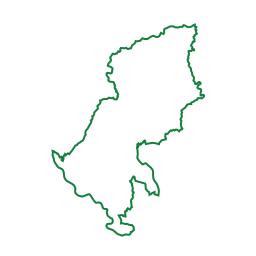 Huong Thuy, Thừa Thiên - Huế, Vietnam, rotated 184°
{"feature_id": "81297802B27432396017289", "entity_name": "Huong Thuy", "entity_type": "district", "adm_level": 2, "iso_a3": "VNM", "parent_name": "Vietnam", "parent_adm1": "Thừa Thiên - Huế", "projection": "robinson", "projection_center": [107.606, 16.324], "detail": "fine", "context": "isolated", "style": "outline", "palette": "green", "viewbox_px": 256, "rotation_deg": 184, "n_neighbors": 0, "source": "geoboundaries", "source_scale": "gbopen_adm2", "svg_char_len": 5821}
<svg xmlns="http://www.w3.org/2000/svg" viewBox="0 0 256 256"><g transform="rotate(184 128 128)"><path d="M68.6,235.8L70.1,235.0L71.8,233.6L73.3,233.0L75.4,232.8L78.1,234.1L79.7,234.5L80.0,234.3L80.7,232.7L83.3,232.5L85.4,231.6L86.9,231.8L87.8,231.7L90.2,232.6L92.7,232.4L98.6,229.2L98.8,228.3L98.6,225.9L99.1,224.3L100.5,224.6L101.8,225.2L102.8,222.6L103.3,221.8L104.2,221.1L105.9,220.7L107.3,221.1L108.3,221.6L109.4,221.7L111.9,220.5L114.9,218.0L116.7,218.1L117.5,217.8L119.3,218.4L120.1,218.3L121.7,216.0L125.4,215.0L126.4,215.2L126.7,214.0L127.4,212.6L129.7,210.7L130.6,207.7L131.9,207.5L133.5,206.7L134.5,207.0L135.2,207.8L137.3,207.3L140.7,207.3L141.3,206.2L140.9,204.9L141.5,203.5L141.7,203.4L143.1,203.8L143.3,203.0L144.1,202.3L144.2,201.6L145.1,201.5L146.3,200.6L146.7,200.6L147.4,201.1L148.6,201.0L148.8,200.1L150.3,197.9L150.6,196.9L150.6,196.3L149.8,195.4L149.9,193.4L151.5,191.7L152.0,190.9L152.5,189.0L152.1,188.4L150.1,188.0L148.4,187.1L147.6,186.4L147.6,185.7L148.0,182.1L148.2,181.6L149.2,181.2L150.7,181.5L152.4,181.6L153.0,181.1L153.2,179.9L152.6,178.7L150.8,176.5L150.6,176.0L151.0,174.4L150.7,173.7L149.0,172.9L146.0,172.9L145.1,172.0L144.7,170.5L144.0,169.9L144.2,169.3L143.9,168.5L144.1,167.4L143.8,166.4L143.2,166.3L143.0,165.4L142.1,164.6L142.0,164.3L142.5,164.0L142.4,163.3L141.5,162.9L140.1,160.9L140.7,159.2L140.2,158.5L140.8,157.5L141.1,156.1L141.8,155.6L143.5,155.7L144.4,156.3L144.9,157.2L145.7,156.8L147.2,156.5L149.2,156.9L150.6,155.7L152.0,155.3L153.6,155.4L155.2,154.8L156.6,153.7L157.8,153.4L157.2,151.8L157.5,150.8L158.0,149.9L160.0,148.0L160.0,147.3L159.3,145.6L159.5,145.1L162.3,141.7L162.7,140.9L162.7,139.4L163.3,138.0L163.8,137.5L164.5,137.2L164.0,136.3L164.2,134.4L165.5,133.1L164.9,132.4L165.4,130.5L166.1,128.9L166.5,128.6L166.7,127.8L168.5,124.1L169.8,122.6L170.2,120.6L170.1,119.1L169.7,118.6L170.0,117.8L170.7,116.9L171.3,114.3L172.1,112.7L172.5,112.0L173.7,111.4L174.8,110.3L176.6,109.2L177.3,108.2L177.5,107.6L179.3,106.8L181.8,102.3L184.8,97.8L186.3,98.5L188.3,96.4L189.1,97.6L190.3,95.2L190.2,92.8L190.7,90.6L192.1,91.4L191.6,93.9L192.4,94.7L193.9,93.9L194.9,95.6L196.3,97.6L197.2,97.5L197.6,98.1L198.3,98.5L198.9,98.4L200.2,99.6L201.6,99.9L201.2,98.5L201.4,95.8L199.9,92.2L199.3,89.8L198.8,88.8L195.4,84.4L194.2,83.6L191.4,82.6L190.3,81.9L189.1,79.7L188.2,74.8L187.2,72.8L185.8,71.3L184.6,70.6L179.7,68.3L177.8,66.9L176.7,65.1L176.3,64.0L176.3,60.3L175.7,59.3L174.0,57.8L172.7,57.2L171.7,56.8L168.8,56.4L165.1,58.0L163.9,58.7L162.2,59.2L161.5,58.9L160.6,58.1L157.3,53.6L155.1,51.3L154.3,51.2L152.0,51.7L150.3,51.4L149.3,50.4L148.5,49.2L147.8,47.3L147.1,46.1L146.1,45.7L143.6,45.6L143.0,45.2L142.8,44.5L143.3,42.8L143.2,42.0L142.5,39.9L141.8,38.8L139.5,37.2L137.5,36.4L137.1,35.8L136.6,33.7L137.0,32.4L138.0,31.4L141.6,30.9L142.1,30.6L142.7,29.3L142.7,28.8L142.3,27.8L141.8,27.2L140.5,26.4L135.9,25.1L130.9,21.5L126.3,20.2L123.3,21.6L120.1,21.6L118.8,21.9L118.0,23.1L118.0,24.4L116.8,24.7L116.1,25.7L115.2,26.3L114.9,26.8L115.4,27.9L115.4,29.6L117.3,31.5L118.2,31.3L120.5,31.6L122.4,32.4L123.8,32.0L126.8,32.6L128.3,32.3L128.3,35.8L131.1,40.1L128.5,40.7L127.3,40.6L126.6,40.5L126.6,39.8L124.3,39.5L125.1,44.4L124.5,44.5L124.5,44.8L124.0,45.0L124.0,45.3L123.3,45.5L123.4,46.7L122.6,47.9L121.0,46.9L120.2,46.9L119.6,48.4L118.5,49.5L119.1,50.3L119.1,51.8L119.6,53.0L119.5,54.1L120.0,55.7L119.9,56.4L118.4,58.3L118.3,59.5L118.8,62.0L117.8,63.9L118.2,64.6L119.0,64.8L119.1,65.1L119.3,66.3L119.0,66.9L119.0,68.2L119.8,70.8L120.0,70.9L120.0,72.5L120.3,72.6L121.1,74.0L121.6,74.1L122.2,74.9L122.2,75.1L121.7,75.0L119.2,80.0L118.1,79.6L117.6,77.6L116.6,75.7L107.1,73.8L106.5,72.6L106.5,71.5L105.9,68.1L105.2,67.8L103.9,66.1L102.4,65.5L101.9,63.0L101.5,63.4L100.5,63.5L99.5,64.7L97.0,66.0L96.9,63.8L93.0,62.8L92.8,66.5L92.9,67.9L93.4,69.7L94.1,71.6L95.4,74.2L98.0,77.4L99.2,79.4L99.7,82.9L99.9,86.0L100.5,87.9L102.3,89.9L105.7,92.4L107.3,93.8L107.9,94.0L108.5,93.9L110.5,92.8L111.2,92.8L114.3,95.6L116.5,98.4L116.6,99.5L116.6,101.1L116.4,102.0L116.5,103.4L117.2,107.7L117.8,108.8L117.3,109.7L116.6,109.8L116.3,110.8L116.5,111.2L117.4,111.0L117.3,111.6L117.6,112.2L117.5,112.5L116.8,113.1L116.7,112.3L115.8,111.8L115.4,112.6L114.9,112.3L114.4,113.3L113.7,112.9L113.5,113.5L112.4,114.1L111.7,115.4L111.3,115.0L111.1,115.1L110.6,116.6L110.2,116.6L109.1,113.3L102.6,114.9L99.6,114.7L96.0,114.0L95.8,115.2L93.4,118.2L89.5,119.3L89.3,120.1L90.2,121.6L90.3,123.3L90.0,124.8L88.1,124.9L86.7,126.9L85.1,128.6L84.1,128.2L82.8,129.2L82.1,129.4L81.4,128.8L80.3,129.7L79.7,129.8L78.9,129.7L76.7,128.3L76.2,129.2L75.4,130.0L74.0,130.4L73.7,131.1L74.6,132.3L75.5,134.7L75.4,135.7L75.7,136.9L75.2,138.5L75.3,139.1L76.2,139.9L75.9,141.5L75.3,142.4L75.0,143.6L75.5,144.4L75.7,145.4L75.1,147.2L76.0,148.9L75.9,149.2L72.3,152.4L71.4,154.2L70.9,154.5L70.7,155.4L68.2,156.3L66.7,156.3L66.9,157.0L66.4,157.9L64.8,158.6L63.0,160.1L60.8,161.1L60.6,162.5L57.7,162.9L56.4,162.7L55.1,163.9L54.4,164.9L54.5,165.9L54.9,166.3L55.8,166.3L57.2,165.5L57.8,165.6L58.1,168.3L57.6,169.8L57.8,171.2L58.4,171.9L60.8,172.3L61.4,172.9L61.5,173.5L61.1,175.2L60.4,176.1L58.8,176.9L58.7,177.4L59.0,178.1L59.5,178.7L60.3,178.9L61.5,178.1L62.7,176.7L63.4,176.5L64.1,176.9L64.7,178.7L66.0,179.8L66.0,180.2L65.6,181.8L65.7,182.8L66.2,183.8L67.5,185.1L68.0,187.5L69.0,189.4L69.5,192.0L70.9,193.3L71.8,194.8L71.3,196.7L72.7,198.3L73.3,200.4L73.2,201.0L72.5,202.1L73.0,203.4L73.0,203.8L72.4,204.9L72.4,206.7L72.9,208.3L72.9,209.0L72.1,209.3L70.4,209.2L69.4,210.3L67.7,210.0L67.4,210.4L67.6,211.0L69.5,211.8L69.4,213.2L70.6,214.1L70.9,214.9L69.7,217.1L69.4,218.6L68.3,218.6L67.7,219.0L68.0,220.2L67.8,220.9L67.9,221.4L68.8,222.6L69.0,223.6L68.0,224.2L68.0,225.4L65.9,226.8L66.9,228.6L66.6,230.3L67.5,230.5L67.6,230.8L67.6,232.8L66.9,232.9L66.8,233.4L68.3,233.9L68.6,235.8Z" fill="none" stroke="#15803d" stroke-width="2"/></g></svg>